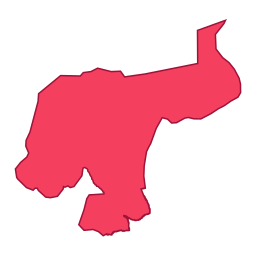 Bakassi, Cross River, Nigeria
{"feature_id": "59680162B77398299052023", "entity_name": "Bakassi", "entity_type": "district", "adm_level": 2, "iso_a3": "NGA", "parent_name": "Nigeria", "parent_adm1": "Cross River", "projection": "robinson", "projection_center": [8.508, 4.793], "detail": "fine", "context": "isolated", "style": "filled", "palette": "rose", "viewbox_px": 256, "rotation_deg": 0, "n_neighbors": 0, "source": "geoboundaries", "source_scale": "gbopen_adm2", "svg_char_len": 4373}
<svg xmlns="http://www.w3.org/2000/svg" viewBox="0 0 256 256"><path d="M26.1,140.4L25.8,146.2L28.7,153.0L26.8,157.1L20.7,162.3L15.4,169.0L16.7,177.5L17.9,179.2L26.5,187.6L33.1,190.2L35.1,188.2L37.2,188.2L38.4,190.5L45.7,197.1L50.4,197.7L57.5,196.3L63.1,189.1L63.5,186.6L64.9,187.2L67.9,185.9L70.2,187.6L74.0,186.5L81.9,175.8L83.0,168.1L84.8,167.5L87.2,168.9L87.7,169.8L88.0,171.5L89.0,172.4L90.3,175.5L91.6,177.3L91.8,179.0L92.8,180.1L93.6,183.0L94.4,183.3L95.1,184.7L96.1,185.0L96.6,186.2L98.2,186.5L99.7,188.2L101.0,188.8L101.2,189.6L102.5,190.5L103.0,192.0L103.8,192.2L104.0,193.4L103.9,193.7L103.8,194.0L89.2,194.9L86.8,198.7L84.0,209.8L78.8,224.7L84.0,230.3L93.1,229.5L98.6,231.7L103.2,235.7L106.6,234.0L106.6,234.3L106.8,234.3L106.8,234.6L107.8,234.6L107.8,234.9L108.1,234.9L108.1,234.6L108.6,234.6L108.6,234.3L108.8,234.3L108.8,234.6L111.1,234.6L111.1,234.9L111.6,234.9L111.6,234.6L111.9,234.6L111.9,233.7L112.4,233.7L112.4,233.4L112.7,233.4L112.7,233.1L112.9,233.1L112.9,232.5L113.2,232.6L113.2,232.3L113.3,232.3L113.7,232.3L113.7,232.0L113.8,232.0L114.2,232.0L114.2,231.8L114.4,231.6L114.4,231.4L114.8,231.4L114.9,231.7L116.2,231.7L116.2,231.4L117.2,231.4L117.2,231.1L118.5,231.1L118.5,230.8L119.0,230.8L119.0,230.6L120.0,230.6L120.0,230.3L120.5,230.3L120.5,230.6L120.8,230.6L120.8,230.3L121.0,230.3L121.3,230.2L121.3,230.6L122.3,230.6L122.3,230.8L122.8,230.8L122.8,231.1L124.1,231.1L124.1,230.8L125.4,230.8L125.4,230.6L127.1,230.6L127.1,230.3L127.6,230.3L127.6,230.6L128.7,230.6L128.7,230.3L129.2,230.3L129.2,230.0L129.4,230.0L129.4,229.1L129.2,229.1L129.2,228.8L129.2,228.2L128.9,228.2L128.9,227.7L128.7,227.7L128.7,223.6L128.9,223.6L128.9,223.1L128.7,223.1L128.7,222.5L128.4,222.5L128.4,221.6L128.2,221.6L128.2,220.5L127.9,220.5L127.9,219.3L127.4,219.3L127.4,219.0L127.6,219.0L127.6,218.7L127.4,218.7L127.1,218.5L127.1,218.2L126.9,218.2L126.9,217.9L126.6,217.9L126.6,217.6L126.4,217.6L126.4,217.3L125.6,217.3L125.6,217.0L125.4,217.0L125.4,216.7L124.9,216.7L124.9,216.4L124.3,216.4L124.3,216.1L124.1,216.1L124.1,215.9L123.8,215.9L123.8,215.6L124.6,215.6L124.6,215.9L125.4,215.9L125.4,216.1L125.9,216.1L125.9,216.4L126.4,216.4L126.4,216.7L126.9,216.7L126.9,217.0L127.4,217.0L127.4,217.3L127.6,217.3L127.6,217.6L127.9,217.6L127.9,217.9L128.9,217.9L129.2,217.9L129.2,218.2L129.4,218.2L129.4,218.5L129.7,218.5L130.4,218.7L130.4,219.0L131.0,219.0L131.0,219.3L131.2,219.6L132.7,219.6L132.7,219.9L134.3,219.9L134.3,220.2L135.3,220.2L135.3,220.5L136.0,220.5L136.0,220.2L138.6,220.2L138.6,219.6L139.6,219.6L139.6,219.3L140.1,219.3L140.1,219.0L140.4,219.0L140.4,218.7L140.9,218.7L141.1,218.5L141.1,218.2L141.6,218.2L141.6,217.9L141.9,217.9L141.9,217.6L142.1,217.6L142.1,217.3L142.4,217.3L142.4,217.0L142.6,217.0L142.6,216.7L142.9,216.7L142.9,216.4L143.1,216.4L143.1,216.1L143.7,216.1L143.7,215.9L143.9,215.9L143.9,215.6L144.2,215.6L144.2,215.3L144.4,215.3L144.4,215.0L145.2,215.0L145.2,214.7L145.7,214.7L145.7,214.4L147.2,214.4L147.2,214.1L147.6,214.1L148.2,214.1L148.2,213.8L148.7,213.8L148.7,213.6L149.2,213.6L149.2,213.3L149.8,213.3L149.8,212.1L150.0,212.1L150.0,211.8L149.8,211.8L149.8,211.6L149.8,210.8L149.8,210.4L150.0,210.4L150.0,209.5L149.8,209.5L149.8,208.7L149.5,208.7L149.5,208.4L149.2,208.4L149.2,207.2L149.0,206.6L148.7,206.6L148.7,206.4L149.0,206.4L149.0,205.5L148.7,205.5L148.7,204.6L148.5,204.3L148.2,204.3L148.2,203.8L148.0,203.2L147.7,203.2L147.7,202.9L147.5,202.3L147.2,202.3L147.2,201.7L147.0,200.6L146.5,200.6L146.5,200.3L146.2,200.3L146.2,199.7L145.9,199.7L145.9,199.2L145.7,199.2L145.7,198.9L145.4,198.9L145.4,198.3L145.2,198.3L145.2,198.0L144.9,198.0L144.9,197.1L144.7,197.1L144.7,196.8L144.4,196.8L144.4,196.3L144.2,196.3L144.2,196.0L143.9,196.0L141.1,189.1L141.6,189.1L141.6,188.8L142.9,188.8L142.9,188.5L143.9,188.5L143.9,188.2L145.2,188.2L145.2,187.9L145.3,187.9L143.8,176.1L144.2,166.0L146.5,151.7L148.9,146.7L150.7,143.5L156.2,128.4L162.2,117.7L167.5,119.1L171.6,123.0L176.5,122.7L183.2,119.0L184.8,118.1L188.4,117.5L193.8,118.8L200.9,118.9L211.0,113.6L218.4,108.7L224.6,105.5L225.5,104.8L230.8,101.1L238.0,97.1L240.6,92.6L240.5,84.2L239.1,78.2L234.3,69.2L229.1,62.7L222.6,57.6L216.0,49.0L215.4,34.4L223.8,23.8L225.5,20.3L197.5,30.4L197.7,63.5L145.0,74.0L124.6,76.9L120.5,71.2L111.2,71.6L97.6,68.2L90.9,71.6L83.3,72.6L80.3,76.0L60.6,75.6L38.6,93.7L38.1,101.3L30.0,132.0L26.1,140.4Z" fill="#f43f5e" stroke="#9f1239" stroke-width="1.5"/></svg>